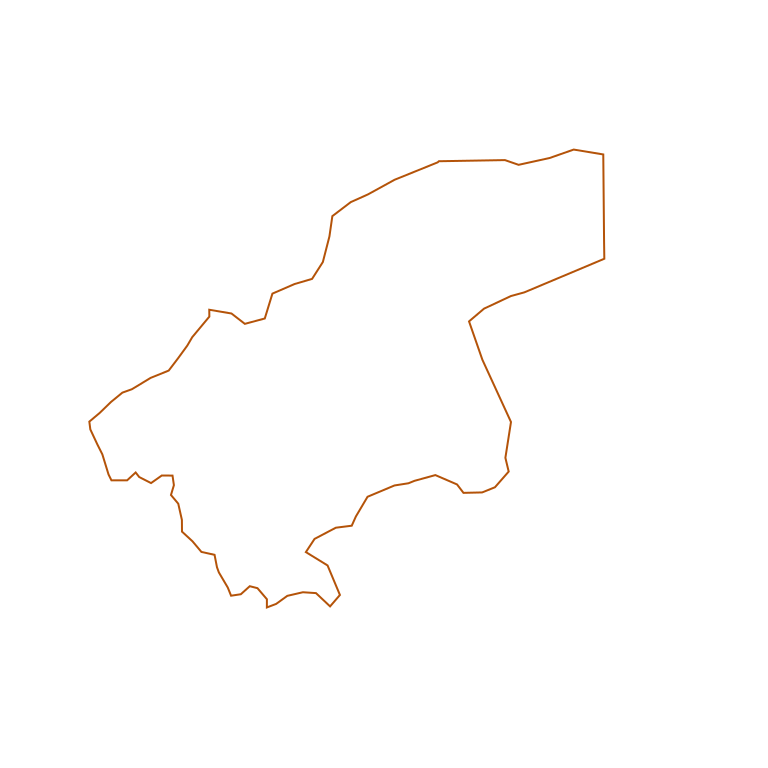 the district of Kellaki, Limassol, Cyprus, rotated 248°
{"feature_id": "46923920B49003106187901", "entity_name": "Kellaki", "entity_type": "district", "adm_level": 2, "iso_a3": "CYP", "parent_name": "Cyprus", "parent_adm1": "Limassol", "projection": "robinson", "projection_center": [33.159, 34.81], "detail": "fine", "context": "isolated", "style": "outline", "palette": "amber", "viewbox_px": 768, "rotation_deg": 248, "n_neighbors": 0, "source": "geoboundaries", "source_scale": "gbopen_adm2", "svg_char_len": 1264}
<svg xmlns="http://www.w3.org/2000/svg" viewBox="0 0 768 768"><g transform="rotate(248 384 384)"><path d="M220.7,191.7L220.5,201.6L223.8,215.0L221.3,230.8L215.6,242.6L198.0,250.7L204.9,264.1L236.9,263.7L257.4,248.6L266.4,261.6L268.8,285.5L264.7,301.0L271.7,308.3L285.6,326.5L286.0,355.7L282.8,369.5L282.8,376.0L280.3,397.5L263.5,414.1L253.3,416.9L246.7,434.4L246.7,448.2L256.1,466.8L270.1,468.9L301.2,487.5L369.6,484.3L410.2,486.3L416.4,505.0L418.0,534.6L416.4,548.4L417.6,635.2L433.1,641.2L514.7,673.3L530.3,647.7L531.5,622.2L536.8,590.9L546.3,580.0L570.0,518.3L569.4,516.8L569.4,493.8L569.4,470.3L565.8,440.1L565.1,421.3L559.0,399.0L541.3,388.7L520.0,373.0L508.4,356.7L510.2,338.5L509.6,314.4L489.4,298.0L491.9,277.5L506.5,269.0L518.3,249.8L511.9,247.3L499.3,223.8L493.3,216.0L485.0,202.7L477.1,189.4L477.1,169.9L473.6,148.3L474.0,138.2L469.6,124.1L463.7,109.6L459.5,96.7L451.9,94.7L435.3,95.6L424.3,96.5L403.3,94.7L396.8,95.2L390.9,109.7L395.0,120.6L389.4,122.2L379.4,130.9L382.4,143.7L378.3,153.6L368.9,151.3L360.9,144.9L350.1,148.4L333.7,145.7L322.8,141.4L309.9,147.5L296.7,151.8L289.1,162.9L276.7,160.5L271.2,160.3L253.8,162.9L245.0,162.9L242.7,172.5L246.8,183.8L242.1,190.2L228.3,194.8L220.7,191.7Z" fill="none" stroke="#b45309" stroke-width="2"/></g></svg>